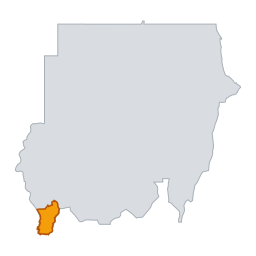 location of Al Radoum, Southern Darfur, Sudan
{"feature_id": "16777658B70477888733853", "entity_name": "Al Radoum", "entity_type": "district", "adm_level": 2, "iso_a3": "SDN", "parent_name": "Sudan", "parent_adm1": "Southern Darfur", "projection": "natural_earth1", "projection_center": [24.105, 9.73], "detail": "fine", "context": "in_parent", "style": "filled", "palette": "amber", "viewbox_px": 256, "rotation_deg": 0, "n_neighbors": 0, "source": "geoboundaries", "source_scale": "gbopen_adm2", "svg_char_len": 7144}
<svg xmlns="http://www.w3.org/2000/svg" viewBox="0 0 256 256"><path d="M181.4,222.2L178.8,222.2L178.6,221.5L178.6,219.6L178.9,218.2L179.8,215.9L179.5,214.6L179.7,212.9L179.0,210.8L172.9,205.0L171.7,203.4L168.4,201.9L168.9,200.3L167.5,188.4L168.1,187.0L168.3,184.9L168.3,183.1L169.0,180.0L169.1,178.7L162.7,178.6L162.6,180.0L162.9,181.4L162.9,182.0L153.9,182.1L157.5,186.7L157.7,188.8L157.5,191.3L157.6,193.0L157.8,194.0L158.8,196.1L158.7,196.5L158.5,197.0L152.2,203.3L151.1,206.2L150.3,207.7L148.4,210.2L142.7,216.9L141.7,217.3L137.3,217.6L136.8,217.7L136.5,218.0L136.3,217.9L132.5,214.0L126.1,209.3L121.8,211.8L120.7,212.7L120.7,214.9L120.1,216.1L118.9,217.4L115.8,218.2L114.2,218.8L112.2,220.1L110.3,222.2L110.2,223.3L110.4,224.3L99.6,224.3L98.9,223.5L97.3,220.0L96.2,220.2L86.4,219.8L85.0,220.2L82.2,221.6L80.8,221.8L79.3,221.2L74.1,214.2L73.0,213.4L71.8,211.8L70.7,211.0L70.4,210.5L70.2,209.8L70.3,208.3L69.9,207.3L69.1,207.1L62.1,208.7L61.2,208.5L59.7,208.8L59.2,209.1L58.6,210.0L58.5,211.9L58.3,212.8L57.8,213.9L55.8,216.2L55.4,217.3L55.5,219.9L55.3,221.2L55.0,221.8L54.2,222.8L53.9,223.3L53.5,226.7L52.4,228.7L52.2,229.4L52.1,230.8L52.0,231.3L48.8,232.4L47.6,233.1L46.9,234.3L46.7,234.7L45.4,234.3L43.7,234.1L40.4,233.7L39.1,233.2L38.5,232.4L38.7,230.4L38.3,229.9L37.8,229.6L37.5,228.7L37.5,227.7L39.3,225.3L39.6,224.1L40.1,218.3L39.9,216.5L38.6,213.2L35.4,207.6L34.7,206.5L30.7,201.9L30.3,201.2L29.3,199.2L30.4,194.9L30.4,193.7L30.2,192.5L29.2,191.6L28.3,191.5L27.1,190.3L26.4,189.8L25.7,188.8L25.2,187.4L25.6,182.3L25.3,181.6L24.3,181.5L24.1,181.1L24.1,180.1L23.6,177.2L23.0,174.9L23.3,173.5L22.5,171.7L20.9,171.0L17.7,171.6L16.7,171.5L16.1,171.1L15.6,170.5L15.4,169.7L15.6,168.5L16.5,166.4L17.6,164.6L19.9,163.0L20.5,162.1L20.8,161.2L20.9,160.1L20.7,158.9L20.5,157.9L19.8,156.5L19.2,154.8L19.2,153.8L19.5,153.0L20.1,152.0L22.3,150.1L24.6,148.6L25.0,148.0L24.9,147.4L23.8,146.1L23.5,143.6L22.9,141.9L24.1,140.6L25.0,140.1L26.3,139.7L26.8,139.2L27.0,138.1L26.9,137.1L27.4,136.4L28.1,134.8L28.6,134.1L30.4,132.2L30.8,131.0L30.9,129.9L30.4,126.4L31.4,124.9L32.7,123.7L34.6,123.8L37.5,123.5L39.4,123.0L40.8,123.0L44.0,123.7L44.4,123.4L44.5,122.5L44.5,55.8L57.7,55.8L57.8,55.7L57.8,24.1L140.7,24.2L141.4,24.0L142.6,21.1L143.2,20.9L144.0,21.0L144.3,21.7L143.7,24.1L216.0,24.1L216.3,27.7L216.9,30.6L219.1,34.7L220.8,37.0L221.5,38.2L221.6,38.8L221.5,39.3L221.0,38.7L220.1,38.3L220.0,40.2L220.5,44.2L221.3,46.9L220.8,49.5L221.0,53.8L222.0,59.0L221.9,62.4L223.6,70.1L225.1,74.4L226.0,75.5L226.9,76.0L228.6,76.4L231.2,78.6L233.3,80.9L234.1,82.1L235.1,83.4L235.8,83.2L236.2,82.8L236.9,83.9L240.1,86.2L240.6,87.3L239.5,88.4L238.2,90.2L237.6,91.9L237.2,92.4L236.2,93.4L236.0,93.9L235.5,94.3L235.0,94.3L233.9,94.9L233.0,94.7L232.0,95.0L231.6,95.4L230.8,95.8L229.7,96.0L228.1,97.4L226.6,98.1L226.1,98.6L225.4,101.5L224.9,102.2L222.7,102.3L221.6,102.5L220.2,102.2L219.5,102.3L219.3,102.9L219.1,105.3L219.1,106.3L217.9,109.1L218.4,114.3L217.3,118.2L217.1,119.1L216.0,122.2L215.4,123.3L213.9,129.1L213.4,130.8L212.1,132.7L213.6,146.5L212.6,150.8L212.7,153.1L212.0,156.5L211.4,158.1L210.4,160.0L209.6,162.1L209.0,164.9L208.6,170.2L208.3,170.7L204.5,171.4L203.3,171.7L202.4,172.3L201.5,173.7L199.5,177.4L198.5,179.7L196.9,182.8L195.0,185.1L194.7,186.1L194.4,188.1L193.7,191.3L193.1,193.6L193.2,195.4L192.6,198.5L192.7,200.1L192.1,200.9L191.2,201.7L190.6,201.9L187.9,199.8L186.0,201.3L184.8,203.3L183.9,205.4L184.5,209.7L184.4,210.7L184.2,211.7L182.4,216.0L181.9,218.0L181.4,221.4L181.4,222.2Z" fill="#d9dde1" stroke="#a8b0b8" stroke-width="1"/><path d="M54.8,200.8L54.9,201.3L54.2,201.3L53.8,201.4L53.7,201.3L53.6,201.2L53.4,201.0L53.2,201.1L53.1,201.3L52.5,201.7L52.1,201.9L51.9,202.1L51.8,202.4L51.9,203.2L52.0,203.8L52.3,204.4L52.5,204.8L52.4,205.1L51.9,205.2L51.3,205.2L50.8,205.3L50.1,205.8L49.4,206.3L48.8,206.5L48.5,206.4L48.3,206.0L48.1,205.5L47.9,205.2L47.3,206.2L46.5,207.1L45.6,208.2L45.1,209.0L39.9,209.1L39.1,209.1L37.1,209.5L38.2,211.4L39.2,213.3L39.3,213.3L39.4,213.7L39.6,214.2L40.1,215.0L40.3,215.4L40.3,215.8L40.5,217.6L40.7,218.8L40.4,219.5L40.1,220.0L39.9,220.5L39.7,220.7L39.5,220.9L39.4,221.0L39.3,221.4L39.5,221.4L39.5,221.5L39.4,221.7L39.4,221.9L39.4,222.0L39.5,222.0L39.7,222.3L39.8,222.4L39.9,222.5L40.0,222.6L40.3,222.5L40.2,222.5L40.3,222.5L40.3,222.9L40.2,223.0L39.9,223.3L39.9,223.6L39.9,224.0L39.7,224.1L39.4,224.2L39.3,224.3L39.5,224.8L39.6,225.0L39.6,225.3L39.6,225.7L39.5,225.8L39.3,226.0L39.2,226.2L39.1,226.3L38.9,226.4L38.7,226.6L38.5,226.8L38.4,226.8L38.5,226.8L38.6,226.7L38.8,226.4L39.0,226.3L39.1,226.2L39.3,226.0L39.5,225.8L39.6,225.7L39.6,225.3L39.6,225.1L39.6,225.3L39.6,225.6L39.5,225.8L39.3,226.0L39.2,226.2L39.1,226.3L38.9,226.4L38.6,226.7L38.5,226.8L38.4,226.8L38.2,226.9L38.2,227.0L38.1,226.9L38.0,226.7L37.9,226.7L37.8,226.8L37.7,226.9L37.6,227.1L37.5,227.4L37.5,227.5L37.5,227.8L37.6,228.0L37.3,228.6L37.5,228.8L37.5,229.0L37.2,229.1L37.2,229.3L37.4,229.4L37.5,229.4L37.7,229.5L37.8,229.6L38.1,229.8L38.4,229.8L38.5,229.7L38.7,229.3L38.7,229.2L38.6,228.9L38.7,228.7L38.8,228.6L38.9,228.8L38.9,229.0L39.0,229.1L39.1,229.3L39.2,229.5L39.3,229.6L39.5,229.8L39.4,229.9L39.4,230.0L39.2,230.5L39.1,230.8L39.0,231.0L38.9,231.3L38.8,231.5L38.6,231.8L38.3,231.9L38.2,231.9L38.2,232.0L38.3,232.0L38.3,232.4L38.3,232.5L38.2,233.2L38.2,233.3L38.3,233.4L38.5,233.5L38.9,233.5L39.1,233.3L39.3,233.3L39.4,233.5L39.6,233.8L39.6,233.6L39.7,233.2L39.8,233.2L40.0,233.5L40.3,233.9L40.7,234.3L40.8,234.3L41.0,234.3L41.4,234.1L41.6,234.0L41.8,233.9L42.5,233.8L42.7,233.7L42.8,233.8L43.0,233.9L43.3,234.0L43.5,234.1L44.0,234.3L44.3,234.3L44.5,234.2L44.9,234.1L45.0,234.0L45.1,233.9L45.2,234.0L45.3,234.0L45.4,234.4L45.5,234.4L45.9,234.5L46.0,234.5L46.3,234.5L46.5,234.4L46.9,234.3L47.0,234.3L47.4,234.3L47.5,234.3L47.7,234.2L47.8,234.0L48.0,233.9L48.3,234.0L48.3,234.3L48.2,234.6L48.1,234.8L48.0,235.0L47.9,235.0L48.0,235.0L48.7,234.2L49.8,232.9L50.1,232.7L50.4,232.6L50.5,232.5L51.4,232.2L51.7,232.0L51.8,232.0L51.9,231.9L52.6,230.7L52.6,230.2L52.4,229.6L52.3,229.2L52.2,228.9L52.1,228.5L52.1,228.4L52.2,228.0L52.2,227.9L52.3,227.3L52.4,226.8L52.4,226.7L52.5,226.3L52.6,226.0L52.6,225.9L52.7,225.6L52.8,225.5L53.0,224.9L53.2,224.4L53.1,224.1L52.9,223.9L52.8,223.6L53.2,223.2L53.4,223.1L53.5,223.0L53.6,222.9L53.8,222.7L54.0,222.5L54.8,221.9L54.9,221.7L54.9,221.4L55.0,221.3L54.9,220.9L55.0,220.7L54.9,220.6L55.0,220.4L54.9,220.2L54.8,219.9L54.7,219.7L54.7,219.4L54.8,219.2L54.8,218.7L54.8,218.2L54.7,218.1L54.5,217.9L54.5,217.7L54.8,217.5L54.8,217.4L54.7,217.4L54.9,217.3L55.1,217.4L55.3,217.2L55.5,217.0L55.6,216.9L55.9,216.6L55.8,216.3L56.0,216.1L56.1,215.9L56.2,215.7L56.3,215.7L56.5,215.6L56.7,215.4L56.9,215.2L57.0,215.2L57.3,214.9L57.5,214.8L57.6,214.7L57.7,214.4L57.8,214.3L57.9,214.2L58.0,214.0L58.1,213.8L58.2,213.7L58.3,213.7L58.3,213.4L58.4,213.1L58.5,213.1L58.8,213.1L58.8,212.9L58.7,212.8L58.7,212.6L58.9,212.3L59.0,212.2L59.1,211.9L59.0,211.6L58.9,211.4L58.8,211.2L58.7,211.1L58.7,210.9L58.8,210.5L58.9,210.4L59.0,210.3L59.1,210.2L59.2,209.9L59.2,209.7L59.3,209.7L59.4,209.3L59.3,209.0L58.6,207.9L57.9,206.6L57.7,203.8L57.3,202.9L56.5,201.8L54.8,200.8Z" fill="#f59e0b" stroke="#b45309" stroke-width="1.5"/></svg>